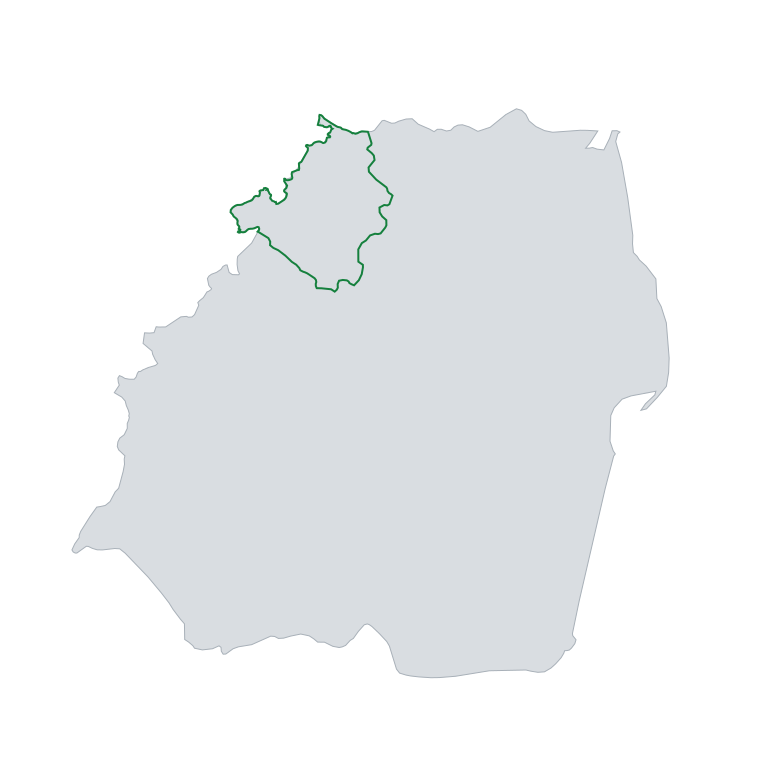 Lower Silesian highlighted on a map of Poland, rotated 100°
{"feature_id": "POL-3141", "entity_name": "Lower Silesian", "entity_type": "Voivodeship", "adm_level": 1, "iso_a3": "POL", "parent_name": "Poland", "parent_adm1": "", "projection": "mercator", "projection_center": [16.102, 50.931], "detail": "fine", "context": "in_parent", "style": "outline", "palette": "green", "viewbox_px": 768, "rotation_deg": 100, "n_neighbors": 0, "source": "natural_earth", "source_scale": "10m", "svg_char_len": 7309}
<svg xmlns="http://www.w3.org/2000/svg" viewBox="0 0 768 768"><g transform="rotate(100 384 384)"><path d="M648.5,432.2L651.7,438.7L652.9,443.8L651.6,447.8L652.0,451.8L663.7,469.1L668.1,481.7L670.9,486.6L677.4,492.9L678.0,495.5L675.4,497.8L671.6,498.8L670.5,501.0L674.5,506.9L677.4,516.7L677.1,524.7L674.9,526.8L672.1,531.5L670.2,535.9L654.8,538.9L651.1,543.5L642.7,552.5L636.9,557.7L628.4,567.0L615.0,582.9L595.5,609.6L592.2,615.7L592.8,620.7L596.3,632.5L597.1,637.8L596.5,642.7L595.3,647.0L595.5,649.0L603.8,657.1L604.1,658.8L603.4,660.9L601.6,662.5L595.2,660.8L588.1,657.5L585.7,657.9L581.8,657.1L565.8,650.6L555.1,645.5L554.0,642.2L552.0,637.4L547.4,633.4L536.9,630.0L532.7,627.2L515.6,625.7L508.2,625.6L503.0,626.8L499.7,626.7L495.0,633.8L491.9,635.8L487.2,636.0L483.2,634.8L479.0,631.0L472.3,629.1L467.5,630.0L464.0,629.2L460.9,629.0L459.9,629.8L457.4,629.7L453.9,631.4L450.0,634.0L445.7,635.9L442.4,640.0L439.4,648.1L431.1,644.5L428.3,646.0L424.4,647.1L421.7,646.0L422.3,643.2L423.5,640.1L423.5,635.7L422.7,630.8L420.1,629.3L416.2,628.7L414.2,627.7L414.0,626.1L412.0,624.0L408.6,618.8L405.4,612.3L403.1,610.4L399.9,613.5L394.9,617.0L391.8,618.2L385.9,628.3L375.2,628.7L374.6,623.9L373.4,619.4L367.2,618.3L367.0,615.6L365.7,608.9L353.2,595.8L351.7,590.3L352.2,588.2L351.3,584.7L348.6,582.6L338.7,580.1L336.1,581.5L333.9,580.0L330.3,576.9L324.0,574.3L323.3,573.0L321.1,570.7L319.8,570.4L319.0,571.8L317.2,573.7L310.8,576.2L308.2,575.2L305.9,573.0L303.2,568.4L299.4,564.4L296.2,563.0L294.4,560.8L294.0,559.2L301.0,555.9L302.6,552.4L301.7,546.2L300.6,545.4L297.8,547.5L291.9,549.4L286.5,550.2L283.7,550.2L268.2,538.8L258.1,535.3L252.1,534.3L251.5,535.5L254.2,541.9L258.8,549.8L258.6,551.9L249.9,556.5L246.2,559.2L243.0,563.0L240.3,564.7L237.9,564.3L235.4,562.4L229.0,550.8L220.9,541.9L220.0,539.9L217.4,539.4L213.9,537.4L212.7,534.6L214.5,531.7L216.9,529.1L221.3,527.5L222.6,526.0L223.4,523.7L225.0,520.7L224.6,519.7L221.5,516.3L216.9,513.1L204.2,515.5L200.7,517.2L198.7,515.0L197.2,511.7L194.0,511.1L189.6,508.2L184.4,505.3L179.3,504.4L168.7,500.2L164.6,500.0L162.2,498.6L159.8,495.4L157.7,491.9L156.6,484.9L148.8,481.6L141.0,479.6L140.4,480.7L140.7,487.8L140.3,491.6L135.2,493.9L130.1,494.2L130.4,493.0L136.5,480.2L139.2,472.1L142.3,457.2L138.6,445.5L137.5,440.0L135.8,437.4L125.1,431.6L124.3,429.6L125.9,421.8L125.1,418.6L122.6,415.1L119.2,408.2L117.9,402.3L122.2,395.4L125.1,383.3L126.8,378.5L123.9,375.7L123.2,371.9L124.0,366.4L122.5,362.3L118.7,359.6L116.2,356.1L115.1,351.7L116.0,344.8L118.9,335.4L112.7,324.0L97.4,310.7L90.0,301.4L90.6,296.0L93.8,291.2L99.7,286.8L104.1,279.1L106.6,269.9L106.8,261.6L100.0,234.6L98.9,227.8L97.7,217.4L111.1,223.1L116.8,226.4L116.1,222.8L114.9,219.6L115.7,215.0L115.3,208.1L103.1,204.5L95.0,203.3L94.1,198.5L94.9,195.4L97.1,197.2L105.0,197.9L124.6,188.5L158.3,176.3L194.4,164.8L202.8,163.6L211.3,161.2L214.4,156.8L217.5,154.0L222.4,146.3L233.3,134.5L252.5,130.1L259.6,124.5L274.7,116.6L308.9,107.7L323.2,105.7L337.2,105.5L349.7,112.5L362.9,121.2L365.3,126.4L358.1,123.1L347.7,115.4L343.9,115.0L352.8,138.6L357.6,146.9L367.5,153.2L375.7,155.2L401.1,151.5L410.1,146.6L412.7,144.1L415.1,145.3L448.3,148.0L563.8,154.1L597.0,155.1L599.1,154.4L602.5,150.5L606.6,151.0L611.5,153.5L613.8,155.3L614.7,157.4L615.3,159.8L618.0,160.2L622.9,162.1L629.5,166.2L634.7,170.2L639.6,176.0L641.2,182.4L641.3,189.8L641.0,194.5L648.1,230.4L659.4,262.8L663.5,278.5L665.1,286.8L666.4,298.8L666.9,307.2L666.8,311.9L666.0,318.4L662.6,322.2L641.1,333.2L637.1,336.6L630.7,345.1L624.9,353.8L623.5,356.8L623.2,358.8L624.5,361.6L632.1,366.3L639.9,370.0L642.4,372.8L648.1,376.4L650.2,379.6L651.3,382.4L651.2,388.9L648.6,397.8L649.7,404.5L647.1,409.0L645.0,413.9L644.7,422.6L648.5,432.2Z" fill="#d9dde1" stroke="#a8b0b8" stroke-width="1"/><path d="M147.7,482.8L146.9,482.3L146.2,481.7L145.7,480.7L142.7,480.1L141.6,479.0L141.4,479.8L141.1,480.2L140.3,480.9L139.9,480.9L139.6,481.1L139.3,481.3L139.0,481.7L139.3,482.7L140.2,483.5L141.1,484.8L141.2,487.5L141.0,488.0L140.4,488.6L140.3,489.0L140.2,489.5L140.3,489.8L140.3,490.1L140.4,493.3L140.3,494.2L133.5,493.7L131.4,494.3L130.2,494.2L130.2,492.5L131.0,491.1L133.1,488.8L136.1,481.7L138.7,475.0L138.9,473.9L138.9,472.1L139.0,471.2L139.3,470.5L139.8,470.1L140.2,469.5L140.3,468.3L140.3,465.9L140.8,463.2L141.6,460.7L142.6,458.7L142.4,458.5L142.2,458.2L142.5,455.5L141.6,453.6L140.3,452.0L139.2,450.1L139.0,449.5L138.8,447.8L138.8,447.7L138.4,443.7L139.5,443.0L149.0,438.1L150.7,438.1L154.1,441.1L155.9,441.2L158.8,436.1L160.8,433.7L165.1,432.2L173.4,436.8L177.6,435.7L184.1,427.1L189.9,415.8L191.2,414.8L193.2,414.1L195.0,412.3L195.9,409.9L197.0,408.3L206.0,409.9L207.5,411.6L207.7,414.9L211.0,419.1L215.7,418.1L219.3,414.9L222.2,410.2L227.3,409.2L229.7,409.9L236.3,413.5L237.4,415.9L237.6,419.0L240.1,423.5L245.8,426.7L249.1,430.3L255.9,432.7L268.0,430.5L270.3,425.5L272.7,425.0L279.7,425.0L286.2,426.8L292.0,430.6L291.4,433.3L290.6,435.6L289.2,436.6L288.4,438.6L288.7,442.7L290.1,446.2L293.6,447.0L297.2,446.2L299.4,446.9L301.6,448.6L299.9,452.5L300.6,462.2L301.3,466.9L299.4,468.1L297.3,468.6L295.3,468.4L293.4,469.1L291.9,470.7L288.4,478.7L287.8,480.9L287.4,483.4L286.5,486.2L284.6,487.5L281.8,491.1L279.7,496.0L274.8,503.3L270.6,511.4L269.2,516.6L267.1,520.3L263.5,520.8L260.4,523.2L256.2,533.8L255.9,534.9L254.3,533.9L252.9,533.8L251.3,534.7L251.3,536.0L253.2,538.8L253.9,540.5L254.3,542.5L254.9,544.3L256.0,545.4L257.4,546.3L258.5,547.4L259.1,549.1L259.2,551.3L260.0,552.3L260.1,553.6L259.7,554.3L259.0,554.1L258.4,553.1L258.1,552.6L257.7,552.3L256.9,552.3L256.7,552.6L256.7,553.7L256.6,554.0L256.0,554.1L255.0,553.7L254.4,553.7L253.7,554.2L252.8,555.5L252.2,556.0L251.5,556.2L250.8,556.4L249.6,556.3L248.5,556.5L247.1,557.6L246.1,559.2L245.5,560.5L244.7,561.5L243.4,562.4L241.6,564.9L239.2,565.1L236.7,563.8L234.7,561.9L233.7,560.6L233.1,559.4L232.5,556.3L231.8,554.6L230.0,552.7L229.3,551.3L228.4,550.2L226.9,547.4L226.1,546.2L224.8,545.3L222.1,544.3L221.1,543.0L220.9,542.1L221.0,541.3L221.0,540.4L220.5,539.6L220.0,539.4L217.3,539.4L216.6,539.6L216.2,540.0L215.7,540.1L215.0,539.5L214.7,539.0L214.0,536.6L212.0,536.2L211.5,534.6L211.9,533.1L213.1,533.4L213.0,533.1L212.7,532.1L213.1,532.0L213.6,531.7L214.0,531.6L214.9,530.8L215.9,530.2L216.8,529.4L217.2,528.2L218.2,527.9L220.0,528.4L221.1,528.2L221.6,527.4L222.8,526.2L223.3,525.5L223.2,525.6L223.2,525.0L223.2,524.3L223.3,523.9L223.6,523.3L223.8,523.1L223.8,522.8L223.5,522.1L225.4,521.3L224.8,519.5L219.8,514.2L218.0,513.2L216.1,512.7L214.0,512.6L213.2,512.8L212.8,513.7L212.3,514.9L211.6,515.8L210.6,516.0L209.7,515.6L207.9,514.2L205.4,513.9L201.7,517.5L199.2,517.9L199.1,517.7L199.1,517.4L199.1,517.1L199.2,516.8L200.1,516.1L200.2,515.0L199.9,513.7L199.4,512.4L198.6,511.0L197.8,510.2L196.8,510.1L193.3,511.4L191.7,511.4L191.3,511.3L188.3,506.2L188.2,505.6L188.0,505.0L186.6,504.9L181.7,506.1L181.1,505.9L180.6,505.4L179.8,504.2L179.2,503.8L172.1,501.3L167.4,499.6L164.9,499.9L164.4,500.5L163.8,501.5L163.2,502.2L162.3,502.0L161.9,501.2L162.0,500.3L162.2,499.4L162.1,498.5L161.4,496.7L160.5,496.0L159.5,495.5L158.3,494.5L157.7,493.5L157.0,492.0L156.4,490.3L156.3,489.0L156.7,487.3L157.2,486.3L157.2,485.4L156.3,483.9L154.7,483.1L151.4,483.0L150.8,481.7L150.5,480.2L149.9,479.9L149.1,480.4L148.6,481.7L148.4,482.6L147.7,482.8Z" fill="none" stroke="#15803d" stroke-width="2"/></g></svg>